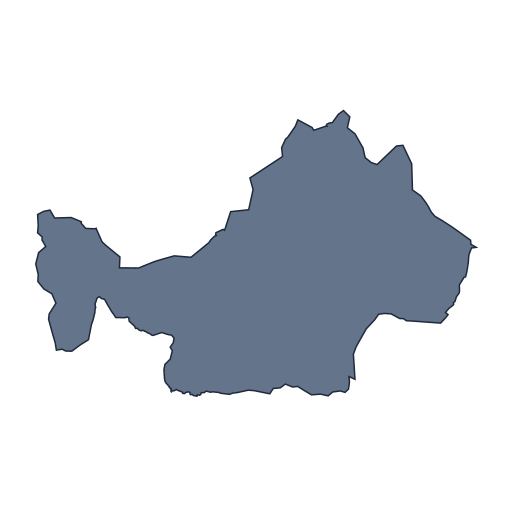 the district of Livadi, Paphos, Cyprus, rotated 88°
{"feature_id": "46923920B69723035623525", "entity_name": "Livadi", "entity_type": "district", "adm_level": 2, "iso_a3": "CYP", "parent_name": "Cyprus", "parent_adm1": "Paphos", "projection": "robinson", "projection_center": [32.608, 35.096], "detail": "fine", "context": "isolated", "style": "filled", "palette": "slate", "viewbox_px": 512, "rotation_deg": 88, "n_neighbors": 0, "source": "geoboundaries", "source_scale": "gbopen_adm2", "svg_char_len": 3108}
<svg xmlns="http://www.w3.org/2000/svg" viewBox="0 0 512 512"><g transform="rotate(88 256 256)"><path d="M284.2,47.3L280.9,46.3L277.0,45.4L273.2,44.7L269.5,44.0L262.8,43.3L258.8,41.8L255.5,40.3L255.1,36.2L255.0,35.6L251.9,40.8L248.2,41.0L247.7,41.0L234.4,58.3L226.9,69.0L222.6,75.8L218.2,79.3L212.9,81.9L208.4,84.5L201.8,89.1L195.3,97.5L194.1,97.3L169.3,97.2L150.5,105.3L151.0,111.8L168.8,131.8L166.6,137.7L166.4,137.9L166.1,138.2L161.5,143.5L151.7,145.3L137.4,152.8L131.0,160.2L120.2,157.4L113.7,163.5L117.3,168.8L125.3,175.0L125.7,178.3L126.9,180.8L128.1,181.1L128.9,180.6L128.8,182.1L131.9,192.2L132.2,194.0L129.6,195.4L121.4,209.4L121.8,209.6L127.8,212.2L138.5,220.2L140.2,222.4L148.6,226.6L157.5,226.0L177.8,259.4L189.5,256.6L209.5,261.7L210.8,279.8L229.2,286.5L228.2,288.0L231.3,295.2L233.5,295.6L234.1,295.0L234.9,296.9L238.3,300.7L241.0,302.6L255.0,321.0L253.0,337.7L256.2,350.8L258.1,357.9L263.9,373.8L263.5,382.7L263.1,392.9L252.2,392.0L239.8,406.1L236.4,409.4L222.7,414.9L223.2,415.6L222.5,425.2L217.1,429.6L215.7,429.3L211.1,439.4L211.0,455.9L202.9,460.3L204.0,466.7L206.9,472.8L218.6,472.6L225.2,473.5L229.5,469.0L232.5,469.3L239.2,465.8L245.0,473.1L256.3,476.4L266.8,474.3L273.9,474.9L281.5,469.2L286.7,461.3L296.2,457.6L306.6,464.7L312.0,465.5L325.1,462.4L336.3,459.6L343.1,458.8L342.4,452.9L344.3,449.6L344.7,443.4L338.5,434.4L333.8,426.3L331.0,425.7L319.0,422.9L314.0,421.0L306.9,419.0L302.9,418.6L302.1,418.0L299.9,418.4L298.0,418.5L296.0,417.5L294.4,417.1L292.0,415.8L291.2,413.8L292.9,412.3L294.1,408.8L300.2,405.7L307.2,401.8L309.9,399.9L312.6,398.3L313.1,389.2L312.5,386.8L313.4,385.3L316.8,385.0L322.0,379.7L324.2,378.9L324.1,377.1L325.7,375.8L326.8,373.3L326.3,371.6L326.7,370.6L327.3,370.1L327.8,368.5L328.8,367.4L329.9,364.8L331.4,363.0L331.7,362.3L331.7,361.3L329.2,352.9L331.5,346.5L332.1,343.2L335.4,340.7L337.8,341.4L339.7,341.6L343.4,344.5L344.3,344.9L347.7,342.9L353.1,344.5L356.0,345.3L361.1,350.7L361.1,350.8L366.5,352.0L368.5,351.9L375.4,351.7L378.3,351.2L378.8,350.8L380.3,350.1L381.2,349.0L382.3,348.4L383.5,347.2L384.2,347.3L384.7,346.7L385.6,346.1L385.5,345.6L386.0,345.3L387.8,345.8L388.8,345.3L387.8,344.4L387.8,342.3L386.6,340.4L387.7,338.6L388.1,337.4L389.6,334.2L390.7,334.1L391.0,332.2L389.8,330.6L389.4,327.9L390.3,326.8L391.7,326.7L392.3,326.3L392.1,324.6L393.2,323.5L394.0,320.4L393.8,319.6L392.8,319.6L392.7,318.7L393.2,317.6L392.6,316.1L390.6,315.5L390.8,312.7L389.3,310.5L390.6,306.0L390.2,304.1L391.1,297.9L392.0,295.9L393.3,287.3L392.2,283.8L391.8,279.1L389.8,268.4L390.6,262.1L394.2,247.0L389.0,243.4L388.6,236.3L385.0,231.2L388.2,224.0L387.8,218.9L391.8,213.0L396.7,205.4L396.3,196.3L398.3,188.8L394.6,184.1L393.8,176.5L395.4,171.8L392.2,168.2L385.4,167.0L379.7,167.3L382.7,161.4L357.5,162.1L350.5,159.2L346.9,157.1L332.6,148.3L324.0,139.7L318.5,135.5L317.9,130.0L318.5,123.1L323.5,114.6L323.8,110.7L325.9,108.1L326.5,101.8L329.5,73.8L324.1,68.4L321.3,66.1L319.0,68.6L315.0,64.9L312.2,60.9L311.1,60.1L309.4,60.3L308.4,58.7L303.7,57.1L300.3,54.4L298.1,53.8L292.0,53.8L284.4,48.7L284.2,47.3Z" fill="#64748b" stroke="#1e293b" stroke-width="1.5"/></g></svg>